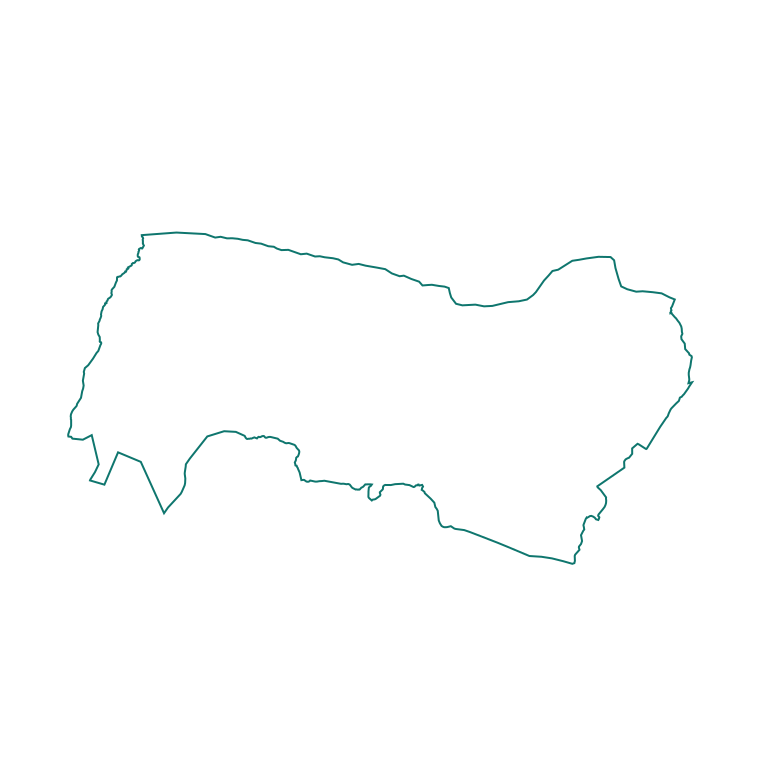 Achiase, Eastern, Ghana, rotated 19°
{"feature_id": "2480657B77450065295387", "entity_name": "Achiase", "entity_type": "district", "adm_level": 2, "iso_a3": "GHA", "parent_name": "Ghana", "parent_adm1": "Eastern", "projection": "robinson", "projection_center": [-1.045, 5.794], "detail": "fine", "context": "isolated", "style": "outline", "palette": "teal", "viewbox_px": 768, "rotation_deg": 19, "n_neighbors": 0, "source": "geoboundaries", "source_scale": "gbopen_adm2", "svg_char_len": 6109}
<svg xmlns="http://www.w3.org/2000/svg" viewBox="0 0 768 768"><g transform="rotate(19 384 384)"><path d="M622.8,477.1L621.5,475.2L621.3,474.2L622.4,471.1L622.4,468.0L619.5,462.8L620.2,457.9L620.7,456.4L619.6,454.3L618.6,452.7L618.5,452.1L618.7,445.8L619.1,444.3L619.5,444.5L621.8,441.8L623.0,441.2L625.0,441.3L626.8,441.8L628.5,442.9L630.9,442.8L631.1,441.4L631.0,439.9L629.4,438.9L629.3,437.6L631.8,430.9L632.6,428.4L632.8,426.1L632.7,424.3L632.1,422.0L631.1,419.8L630.9,418.9L623.5,413.8L619.6,412.1L619.0,411.3L638.5,384.8L636.4,379.5L636.4,378.6L637.0,376.6L638.4,375.0L639.7,373.9L641.4,369.2L639.6,364.1L643.2,358.0L644.5,358.1L652.6,360.1L653.1,360.1L653.5,359.6L659.1,334.5L661.9,324.3L662.6,322.7L662.8,321.8L662.8,319.0L663.3,314.7L663.7,313.4L666.6,307.2L668.1,304.4L668.3,304.0L668.3,302.4L668.2,300.8L668.4,300.3L669.6,299.2L670.3,297.3L670.9,296.2L673.0,289.2L673.3,287.4L674.7,282.1L671.6,284.1L671.4,281.2L671.1,280.1L669.2,276.2L668.5,274.2L668.0,270.6L668.0,268.6L667.7,266.4L666.8,261.9L666.4,258.5L665.7,257.5L663.1,256.8L662.5,255.7L657.4,252.9L655.2,247.9L650.7,244.8L649.6,242.5L649.5,241.7L649.8,239.7L649.7,239.2L648.7,237.7L647.5,234.8L646.3,232.8L643.3,229.9L641.2,228.6L638.7,226.8L637.5,226.3L632.8,223.6L632.6,223.1L632.2,223.2L631.7,223.8L631.5,223.4L631.9,222.5L631.5,221.6L631.8,220.8L630.8,219.3L630.6,218.8L631.1,217.0L631.4,209.4L625.7,209.1L617.0,207.9L608.2,209.7L598.4,212.1L592.4,214.6L583.1,215.2L576.5,214.5L571.6,208.3L565.1,199.0L561.3,192.1L556.9,190.2L545.4,193.9L534.5,199.4L527.9,203.1L521.9,206.2L511.5,219.2L506.5,222.3L504.3,227.9L501.6,234.1L497.7,247.7L496.0,251.4L491.7,257.6L484.5,261.9L474.7,266.2L461.0,274.9L453.3,278.0L444.6,279.2L432.5,284.1L426.0,284.7L419.4,280.3L416.7,276.6L414.0,272.2L409.6,272.2L404.1,273.4L397.0,274.6L393.8,275.9L388.3,278.3L383.9,275.8L375.7,275.8L367.5,275.1L363.7,277.0L355.5,276.9L347.8,275.0L339.1,276.3L328.1,278.1L321.0,278.7L315.0,281.7L305.7,282.3L300.3,281.1L294.8,281.7L286.6,283.5L281.7,284.1L277.3,285.9L268.5,285.9L263.1,288.4L249.9,288.3L243.4,290.8L238.5,290.8L235.2,290.1L229.7,291.4L222.1,291.3L216.6,292.5L208.4,292.5L203.5,293.7L198.5,294.3L193.1,295.6L188.1,297.4L181.6,298.0L176.7,300.5L166.3,300.4L138.4,308.4L106.5,322.1L107.1,323.4L108.0,323.7L108.7,324.5L108.9,324.9L108.8,325.9L109.0,326.5L109.6,327.3L109.7,328.3L110.3,329.2L110.3,329.8L111.9,331.3L111.3,334.5L111.1,334.7L109.9,334.5L108.5,336.0L108.4,336.7L108.9,337.2L109.0,337.7L108.8,339.1L109.0,339.3L109.1,340.0L109.0,341.5L109.3,342.7L109.6,343.4L110.0,343.8L111.5,343.8L111.7,344.0L112.4,345.5L112.4,346.2L112.2,346.7L111.7,347.0L110.8,347.1L109.9,347.8L109.2,348.8L109.0,350.1L108.0,351.2L107.3,351.3L106.5,352.6L106.8,353.8L106.6,354.3L104.0,357.1L104.6,357.6L104.7,357.9L104.5,358.4L103.4,359.2L103.6,360.6L103.4,361.1L103.5,361.8L103.2,362.1L102.7,362.0L102.4,363.4L100.8,365.5L100.3,367.0L99.8,367.9L99.5,368.2L99.0,368.3L97.8,369.3L97.5,369.3L96.9,369.9L96.9,370.2L97.8,373.1L97.5,375.2L97.4,379.9L96.1,382.9L95.9,383.9L96.0,384.4L96.5,385.5L96.6,386.8L97.4,387.8L97.7,388.3L97.7,388.7L97.3,390.5L96.6,391.8L95.6,393.0L95.3,393.7L95.4,395.2L94.8,396.3L95.3,397.9L95.1,398.1L94.6,398.0L94.0,398.6L94.4,399.6L94.3,400.3L93.3,402.5L93.6,405.1L93.3,407.2L93.8,410.5L94.3,411.3L94.5,412.0L94.5,413.9L94.3,415.7L94.5,416.7L94.0,419.8L94.7,421.4L96.3,428.2L97.8,430.3L99.9,432.1L101.0,434.9L101.4,436.4L101.8,436.7L102.6,436.6L103.0,436.8L103.4,437.6L103.4,438.4L103.2,439.6L103.1,445.8L102.1,448.2L100.6,454.8L98.2,462.6L96.0,466.3L96.2,470.3L97.1,471.8L98.2,478.9L100.5,483.2L101.0,486.3L101.0,489.1L102.0,495.7L100.3,502.7L100.5,504.4L100.4,505.1L98.6,509.4L98.1,511.5L97.9,514.6L98.3,516.6L98.9,517.7L99.4,519.3L99.8,519.6L101.7,525.1L102.0,526.8L101.7,529.0L101.8,534.3L102.2,535.6L102.7,536.4L105.4,535.8L107.2,537.1L117.4,534.7L124.3,527.5L140.4,552.9L139.4,561.5L137.4,570.1L137.4,570.9L152.4,570.2L154.8,535.2L179.4,536.8L218.1,577.8L220.0,571.1L227.5,554.1L227.9,551.9L228.1,549.6L228.5,544.7L228.2,542.4L226.9,538.0L224.8,533.8L224.4,532.3L223.4,526.7L222.8,524.4L224.7,517.7L234.0,491.1L248.2,480.7L259.5,477.5L269.1,478.4L269.6,478.8L270.6,479.8L271.9,480.5L272.6,480.5L273.9,479.8L274.6,479.6L275.7,478.9L276.6,478.7L277.7,477.6L278.8,476.7L281.6,476.8L282.3,475.2L282.8,474.7L283.8,474.7L284.6,474.3L285.3,473.4L286.6,472.5L287.7,472.4L288.9,473.2L289.8,473.3L290.5,473.0L291.7,472.0L292.7,471.4L294.0,471.0L301.3,470.3L304.2,471.5L307.6,471.5L309.1,471.9L310.8,471.9L313.1,470.8L313.9,470.7L319.3,470.7L320.8,471.5L321.9,472.6L323.0,473.3L325.1,474.4L325.8,475.2L326.2,476.6L326.3,478.3L326.2,480.5L325.6,481.1L325.0,482.3L325.3,483.7L325.5,485.1L325.2,487.2L326.3,488.8L326.6,489.6L326.9,489.9L328.0,489.7L328.7,490.6L329.9,491.6L330.2,492.1L333.0,495.1L337.2,501.8L339.0,500.9L339.7,500.7L342.4,501.5L343.5,501.3L344.3,501.0L345.2,500.2L345.6,499.3L350.6,498.7L352.2,498.2L354.6,496.9L356.8,496.0L359.1,494.9L375.7,492.4L378.4,491.4L381.1,491.0L382.7,490.2L383.5,490.2L384.4,490.3L387.4,492.3L388.5,492.6L391.5,493.0L391.7,492.8L392.3,492.6L393.1,492.6L394.0,492.1L394.7,492.1L395.3,491.7L396.4,489.3L397.3,488.5L397.8,487.8L399.0,485.0L403.8,483.3L405.2,483.0L404.8,484.5L403.6,486.2L403.4,486.9L404.3,490.6L405.3,493.6L405.8,495.3L406.3,496.2L407.2,496.8L410.4,498.1L410.8,497.2L411.2,496.9L412.4,496.3L413.4,495.6L416.6,491.0L416.7,489.9L415.5,488.3L415.3,487.7L417.1,484.1L417.1,483.5L416.6,481.6L416.6,481.0L417.0,480.1L417.9,479.1L423.4,477.3L427.1,475.1L434.7,472.0L436.6,472.2L441.0,471.3L445.3,471.8L445.8,471.7L446.4,471.1L447.0,469.9L447.4,469.3L448.4,469.0L448.9,468.0L449.5,467.8L450.2,468.5L450.5,468.5L452.9,467.0L454.3,468.3L453.9,469.9L454.1,471.8L455.4,472.1L457.4,472.9L458.2,474.0L465.4,477.2L470.2,479.8L472.6,483.6L474.5,484.9L476.1,486.4L480.2,495.2L482.2,497.5L484.7,499.5L486.3,499.8L487.5,499.8L488.5,499.5L490.2,498.8L493.5,496.7L497.6,497.8L499.1,497.7L507.4,496.0L509.5,496.0L513.7,496.0L543.1,497.1L553.5,497.7L577.5,499.3L589.1,496.1L599.6,494.2L611.1,493.2L620.6,492.7L622.3,491.4L622.1,489.1L620.3,484.5L620.3,483.1L622.8,477.1Z" fill="none" stroke="#0f766e" stroke-width="2"/></g></svg>